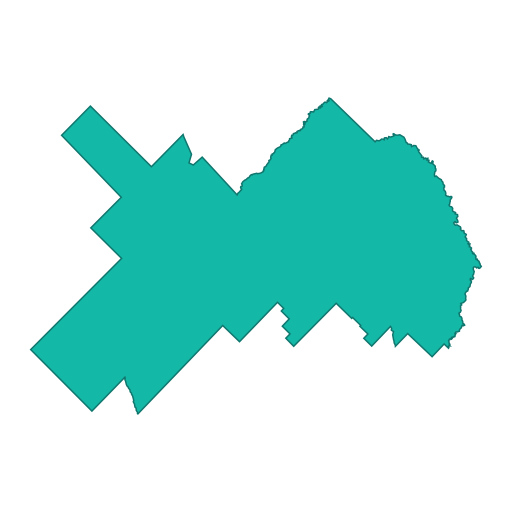 outline of Tornquist, Buenos Aires, Argentina
{"feature_id": "61730980B13616489731470", "entity_name": "Tornquist", "entity_type": "district", "adm_level": 2, "iso_a3": "ARG", "parent_name": "Argentina", "parent_adm1": "Buenos Aires", "projection": "albers", "projection_center": [-61.986, -38.263], "detail": "fine", "context": "isolated", "style": "filled", "palette": "teal", "viewbox_px": 512, "rotation_deg": 0, "n_neighbors": 0, "source": "geoboundaries", "source_scale": "gbopen_adm2", "svg_char_len": 6122}
<svg xmlns="http://www.w3.org/2000/svg" viewBox="0 0 512 512"><path d="M330.6,98.6L329.9,98.6L329.1,98.1L328.2,99.8L329.0,100.6L328.6,101.2L328.3,101.2L327.7,100.3L327.2,100.8L327.2,102.0L326.7,102.6L325.0,102.1L323.6,103.2L322.8,104.3L321.7,104.5L321.2,105.3L322.1,105.9L322.3,106.4L321.8,106.7L320.8,106.1L320.2,106.1L320.6,107.7L320.5,107.9L319.9,107.8L319.8,106.9L319.0,106.9L318.5,107.6L319.1,108.0L318.1,109.2L314.8,109.6L313.6,111.9L310.7,111.7L310.2,112.1L310.3,113.2L308.4,113.8L308.3,114.2L308.6,114.5L309.3,114.8L309.2,115.6L309.5,115.9L309.1,116.4L308.8,118.0L307.4,118.9L307.4,119.4L307.0,119.8L306.9,121.4L305.7,121.8L305.3,122.4L304.9,121.5L303.9,121.6L303.4,122.0L303.8,122.8L303.7,123.6L304.1,123.4L304.9,123.9L304.8,124.5L303.8,124.8L304.1,126.5L304.0,127.0L303.0,127.0L302.9,128.0L301.9,129.0L300.9,129.3L300.4,130.5L299.6,130.3L299.3,130.8L298.5,130.7L297.0,131.5L297.3,132.2L297.0,132.7L296.2,133.0L295.5,132.8L295.0,133.3L294.2,133.3L293.3,133.8L293.2,134.7L292.6,135.2L291.8,135.3L291.8,135.8L291.4,136.2L291.8,137.1L291.8,138.2L290.7,138.2L289.6,138.7L289.6,139.7L288.8,140.8L288.5,142.0L287.9,142.0L285.2,143.4L284.6,143.4L284.2,143.0L282.1,144.6L281.1,144.8L280.8,146.0L280.1,146.8L277.9,147.8L276.5,148.7L276.1,149.3L275.4,149.5L274.6,152.3L273.9,152.8L273.6,153.4L272.1,154.1L272.1,155.2L271.2,155.2L270.7,157.3L271.1,158.4L269.9,160.1L268.9,160.5L269.1,161.7L266.9,164.6L265.9,166.4L264.3,167.2L264.0,168.2L264.2,168.9L263.7,169.3L263.9,170.4L263.5,171.1L263.1,171.1L262.9,171.9L260.4,173.2L257.6,173.7L256.8,173.3L252.9,174.2L252.1,174.9L251.4,174.6L250.1,175.7L248.9,177.6L247.7,178.0L246.0,179.7L245.0,180.0L242.9,181.7L241.6,183.8L242.2,185.0L242.1,185.8L242.0,186.3L240.9,186.5L240.6,187.3L240.9,188.3L241.7,189.1L241.5,189.6L241.4,189.9L241.0,190.0L239.5,191.9L238.0,193.1L237.1,194.9L202.2,157.1L193.3,165.0L189.0,162.9L191.5,154.3L183.8,136.8L183.1,134.5L151.4,166.7L90.4,106.1L61.6,135.3L121.3,197.3L90.8,227.9L121.6,258.4L30.7,349.6L91.9,411.1L124.9,377.2L125.2,378.2L124.9,379.7L125.6,381.2L126.4,384.6L127.4,386.5L128.2,387.0L128.6,388.3L129.9,389.7L130.2,391.8L131.4,393.0L131.5,394.1L132.6,396.0L133.8,400.5L133.3,401.4L133.5,402.3L134.4,403.8L135.0,407.1L136.1,408.1L136.3,410.5L137.5,412.2L137.5,413.6L137.9,413.9L222.7,325.5L239.5,341.7L277.5,302.3L283.7,308.4L281.3,311.0L289.2,318.9L282.3,326.2L290.0,333.9L285.8,338.2L293.7,346.3L336.2,303.3L351.7,318.4L352.6,317.5L360.7,325.4L359.9,326.3L367.9,334.0L363.8,338.3L371.7,346.1L390.5,326.4L391.7,328.5L391.3,329.7L391.4,330.3L393.5,331.5L392.7,334.9L393.6,339.9L393.9,340.4L394.2,342.9L395.3,345.1L395.4,346.3L407.7,333.6L432.1,356.7L444.1,344.0L448.5,348.2L448.9,347.4L448.8,346.8L448.3,346.5L449.2,346.0L449.1,345.4L449.8,345.6L449.4,345.1L449.9,344.3L449.1,343.1L449.0,341.7L448.7,341.3L448.6,340.6L449.1,340.3L449.4,339.2L450.7,338.7L450.9,339.4L451.2,339.3L451.0,338.6L451.5,338.6L451.4,338.1L451.8,337.3L452.3,337.4L452.5,337.9L453.2,336.8L453.5,337.1L454.8,336.6L455.4,336.8L454.8,336.3L455.0,335.4L455.5,334.7L454.9,333.9L455.1,333.5L455.6,333.3L455.2,333.1L455.6,332.4L456.1,331.9L457.3,331.9L459.4,331.2L459.4,330.2L459.9,329.1L461.3,327.8L462.0,325.6L463.1,325.8L463.3,325.2L463.2,324.4L463.7,324.5L464.2,325.4L464.6,325.3L464.4,324.4L462.8,323.2L462.8,322.0L462.4,320.6L461.9,320.1L462.0,319.0L461.6,317.5L461.2,316.9L459.6,316.1L459.4,314.2L458.9,313.2L460.4,312.1L461.1,310.4L460.5,309.0L460.7,307.1L460.5,306.5L460.5,305.8L461.7,304.9L460.8,303.5L463.5,302.5L465.7,300.4L465.9,299.5L465.6,298.5L465.9,296.1L465.0,294.0L465.1,293.4L466.6,291.2L467.6,291.1L468.2,289.4L468.4,287.8L469.9,286.6L470.4,283.9L471.3,282.6L471.4,281.9L471.3,281.1L470.2,280.0L470.5,278.4L471.1,278.5L472.1,279.5L473.0,279.0L473.7,277.9L472.6,276.2L472.9,275.2L473.5,274.5L474.2,271.4L473.7,270.6L473.3,269.3L473.3,268.0L473.4,267.6L474.1,266.9L475.1,266.8L476.1,267.3L476.6,267.9L478.1,267.2L478.6,268.2L479.1,268.4L480.2,267.8L481.3,266.4L480.3,265.1L479.9,263.3L479.4,262.8L479.0,261.3L477.6,260.3L477.3,259.2L477.1,259.1L476.4,259.5L475.9,259.2L475.9,257.7L475.6,257.4L476.0,256.3L475.6,255.5L474.1,254.0L473.9,253.2L473.4,253.2L473.1,253.8L472.6,253.5L472.5,252.8L472.7,252.2L471.4,251.0L471.4,249.9L470.7,249.3L471.5,248.1L470.5,247.1L469.3,246.7L469.8,244.9L469.1,244.7L469.6,244.0L468.3,244.1L468.0,243.7L468.8,243.0L468.8,242.2L467.4,241.3L466.5,240.4L466.6,238.5L465.4,237.4L465.2,236.8L465.9,235.7L466.3,234.4L464.2,233.1L463.9,230.9L463.6,230.6L461.7,230.7L461.0,230.0L460.3,228.9L460.9,228.2L460.4,226.9L457.1,224.9L455.3,225.2L454.3,224.2L453.8,223.2L453.7,222.8L455.0,221.6L455.4,221.7L455.9,222.7L456.3,222.8L457.4,222.4L458.0,222.0L457.6,220.4L456.5,218.3L456.8,217.4L457.8,216.6L457.5,214.6L455.1,213.8L455.5,212.5L453.0,211.4L452.7,211.0L452.5,209.9L452.7,208.3L451.7,206.9L449.7,206.2L449.1,205.4L449.1,204.8L449.8,203.9L449.7,203.1L450.2,201.6L450.2,200.0L451.8,197.7L451.8,196.9L451.0,196.4L449.9,197.0L448.3,196.3L447.3,196.3L445.6,195.2L445.8,193.2L445.5,192.0L445.3,191.3L444.0,190.2L444.0,189.0L443.7,188.3L443.9,187.6L444.6,186.9L444.2,186.2L444.5,185.5L443.1,184.0L442.9,182.2L441.9,181.2L441.3,179.7L438.6,178.2L436.4,176.1L436.1,176.0L435.0,176.6L434.6,176.3L434.4,174.4L434.9,171.6L435.8,170.9L435.9,170.0L435.8,168.8L435.2,168.1L435.3,166.2L433.0,164.0L432.8,163.2L433.1,161.4L432.4,160.9L432.0,161.2L431.7,162.1L431.8,163.1L431.1,163.4L428.4,161.9L429.0,160.5L428.9,160.2L426.8,160.0L426.9,159.5L427.8,158.8L427.9,158.3L425.4,158.5L425.2,158.1L423.8,158.9L423.4,157.3L421.7,157.3L421.5,157.0L421.8,155.8L418.7,151.8L418.6,150.7L419.1,150.2L419.0,149.9L418.1,150.1L417.9,149.0L416.7,147.6L416.0,145.9L415.7,145.7L413.7,145.5L413.3,145.6L413.0,146.1L412.5,146.1L411.7,146.6L411.2,145.3L411.3,144.7L409.9,144.3L407.8,144.1L407.3,143.0L406.2,142.5L404.9,138.9L403.9,137.2L399.9,134.8L397.3,135.2L395.5,135.0L393.7,133.7L393.2,133.8L393.1,134.2L393.9,135.6L393.8,136.0L390.6,137.1L388.7,136.6L388.4,137.7L387.4,138.9L386.3,137.7L384.7,137.8L384.3,138.1L384.1,139.7L383.2,139.2L381.5,139.1L380.2,140.3L378.9,140.8L376.5,140.3L375.1,141.8L330.6,98.6Z" fill="#14b8a6" stroke="#0f766e" stroke-width="1.5"/></svg>